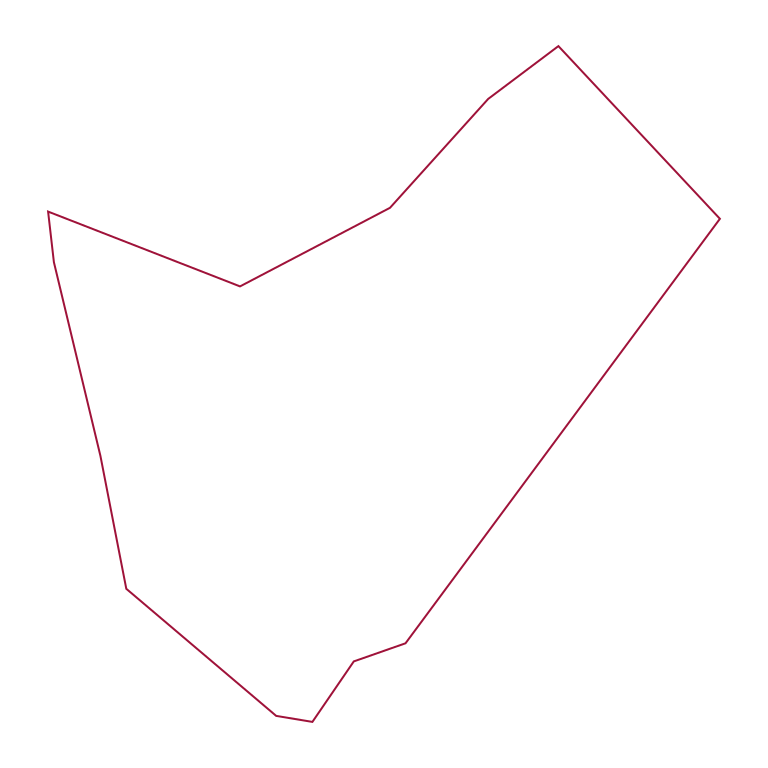 Compar, Soufrière, Saint Lucia (Natural Earth projection)
{"feature_id": "8701671B4982354038174", "entity_name": "Compar", "entity_type": "district", "adm_level": 2, "iso_a3": "LCA", "parent_name": "Saint Lucia", "parent_adm1": "Soufrière", "projection": "natural_earth1", "projection_center": [-61.059, 13.836], "detail": "fine", "context": "isolated", "style": "outline", "palette": "rose", "viewbox_px": 768, "rotation_deg": 0, "n_neighbors": 0, "source": "geoboundaries", "source_scale": "gbopen_adm2", "svg_char_len": 350}
<svg xmlns="http://www.w3.org/2000/svg" viewBox="0 0 768 768"><path d="M558.4,46.1L488.2,98.9L390.0,207.8L240.0,286.4L48.1,211.6L53.9,262.2L100.4,455.8L126.3,588.8L273.5,713.6L276.2,715.9L306.4,720.9L312.4,721.9L323.0,706.4L353.8,661.4L390.9,648.4L405.5,643.3L609.2,368.2L719.9,218.8L558.4,46.1Z" fill="none" stroke="#9f1239" stroke-width="2"/></svg>